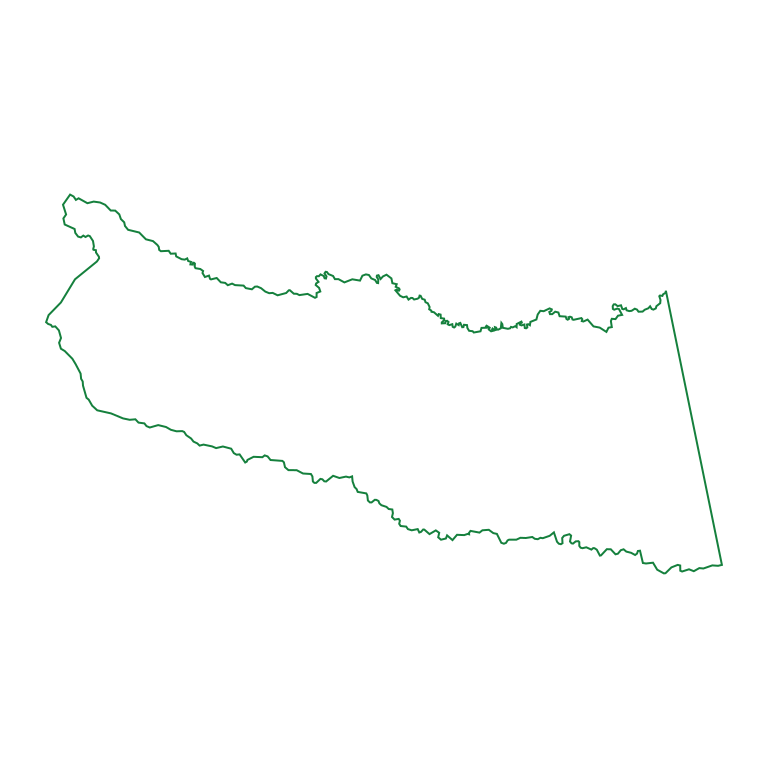 outline of Castilla La Nueva, Meta, Colombia
{"feature_id": "7082276B35606962606401", "entity_name": "Castilla La Nueva", "entity_type": "district", "adm_level": 2, "iso_a3": "COL", "parent_name": "Colombia", "parent_adm1": "Meta", "projection": "orthographic", "projection_center": [-73.54, 3.813], "detail": "fine", "context": "isolated", "style": "outline", "palette": "green", "viewbox_px": 768, "rotation_deg": 0, "n_neighbors": 0, "source": "geoboundaries", "source_scale": "gbopen_adm2", "svg_char_len": 6076}
<svg xmlns="http://www.w3.org/2000/svg" viewBox="0 0 768 768"><path d="M70.1,194.6L63.0,204.7L66.1,214.5L63.4,218.4L64.7,224.5L74.6,229.0L75.3,232.9L78.1,236.6L80.9,237.4L83.3,235.6L85.5,237.0L88.1,235.5L89.8,236.1L93.0,241.0L93.9,246.4L93.2,249.1L93.5,249.8L95.9,250.2L96.0,252.5L98.9,256.7L99.1,258.3L96.9,261.5L75.0,279.3L60.9,302.5L48.6,315.1L46.1,322.2L48.2,324.0L50.9,324.9L52.3,326.8L55.3,326.4L58.9,330.4L61.0,338.0L59.1,342.8L60.9,348.7L64.7,351.0L72.4,358.8L75.6,364.1L80.6,373.6L81.1,378.8L82.7,381.5L83.0,385.6L86.5,397.8L88.7,399.6L92.2,405.7L97.2,410.3L111.0,413.4L123.0,418.4L129.7,419.8L135.4,419.3L138.5,422.6L144.4,423.4L146.5,426.1L149.8,427.5L158.2,425.1L166.0,427.0L170.9,429.8L176.5,431.3L182.2,431.1L184.1,431.9L186.4,435.3L191.1,438.5L193.5,441.6L197.3,443.4L199.6,445.6L203.5,444.6L212.1,446.4L216.1,448.1L222.9,446.5L231.2,448.7L233.8,453.1L236.5,454.7L239.6,454.4L245.2,462.5L246.8,461.6L247.5,459.9L253.6,456.8L262.4,457.2L264.7,455.4L267.6,456.4L270.5,460.0L282.4,460.9L283.9,462.3L285.0,467.2L288.4,470.1L296.7,470.2L303.0,473.5L310.9,474.0L312.4,476.4L312.9,481.5L314.4,482.9L316.2,482.9L320.4,478.9L322.4,479.3L324.3,481.3L326.1,481.5L333.1,475.8L339.4,478.0L346.0,476.6L349.3,477.4L352.1,476.4L352.6,481.5L354.6,487.1L356.6,489.1L357.7,491.9L366.3,493.4L367.3,495.4L367.9,500.5L369.9,502.4L371.6,502.4L374.8,499.8L376.4,499.9L378.5,501.0L379.4,503.4L381.4,505.2L386.5,506.9L388.7,509.0L392.3,509.5L392.9,513.2L392.0,517.0L394.6,519.6L398.7,518.9L399.9,520.7L399.2,523.8L400.6,526.0L406.2,526.6L407.9,529.1L411.7,530.3L417.7,529.1L419.3,532.5L421.0,531.9L423.2,529.5L424.3,529.6L429.5,534.1L435.8,530.4L439.2,532.8L438.2,537.3L441.0,539.7L445.9,538.5L447.1,535.4L452.5,540.1L457.0,534.8L464.2,535.1L467.7,533.9L469.1,534.3L469.0,532.9L470.5,530.9L479.5,532.6L482.4,530.3L488.8,529.8L493.3,533.1L496.9,533.9L501.3,542.8L503.9,543.7L506.0,542.9L507.6,540.4L509.0,539.7L516.3,539.7L520.4,537.8L525.8,538.0L532.3,537.0L534.8,538.8L537.8,539.2L540.4,537.8L542.8,538.2L549.7,535.8L553.9,532.4L557.0,541.7L558.8,543.7L560.9,544.2L562.5,543.2L562.2,538.0L564.0,535.8L569.4,534.2L571.1,535.6L570.0,541.5L571.5,543.3L573.0,543.6L575.7,541.4L578.4,541.2L579.3,542.1L579.3,545.9L580.6,547.7L582.5,548.2L586.3,547.3L591.4,549.6L593.2,548.1L594.5,548.2L596.8,549.7L599.9,555.6L601.0,555.4L606.8,549.2L610.8,549.3L615.5,554.3L617.9,553.7L620.8,550.2L623.6,549.3L626.3,551.6L631.1,552.8L635.1,555.0L637.0,553.6L637.9,551.0L640.0,550.7L642.9,563.0L646.0,563.5L653.0,562.7L657.2,569.7L663.9,573.4L665.5,573.2L671.4,567.4L677.7,564.9L680.2,565.5L680.3,570.7L682.1,571.5L689.0,569.3L693.8,571.2L699.3,568.1L703.4,568.5L712.3,565.4L718.1,565.8L721.9,564.9L665.9,290.8L665.4,292.9L663.1,294.3L662.4,295.9L660.0,295.5L659.3,296.2L660.5,300.0L660.2,303.2L656.4,306.2L655.8,308.4L653.4,309.6L651.7,309.0L650.1,306.3L648.3,308.3L644.8,309.7L642.6,311.6L638.5,311.7L637.0,309.6L634.8,308.7L631.6,310.8L629.2,311.1L626.6,310.3L625.9,308.1L623.6,309.3L622.3,309.0L621.0,305.3L617.6,306.1L615.3,304.3L613.7,304.4L612.7,306.2L612.9,308.9L614.2,309.7L617.2,308.6L619.0,309.1L622.1,314.9L618.0,315.7L615.5,319.1L611.8,318.8L610.9,321.1L611.8,327.1L608.5,327.7L606.4,331.9L599.7,327.6L593.5,326.4L587.6,319.6L583.4,321.5L581.8,321.1L582.3,319.2L581.4,318.1L573.6,319.8L572.5,319.5L571.7,317.3L570.0,316.7L568.5,317.2L569.1,318.8L567.7,319.7L566.5,319.0L565.7,316.6L559.6,316.2L558.4,312.5L555.2,311.7L552.3,314.1L550.0,314.1L549.3,312.0L551.4,310.8L551.8,309.4L549.6,308.4L543.7,311.2L540.3,310.8L537.7,314.5L536.4,319.5L530.4,321.9L529.9,325.2L528.2,324.2L527.0,324.5L527.3,327.5L526.1,328.3L524.8,328.0L524.4,324.5L521.5,325.4L519.8,324.7L520.0,323.7L521.8,322.6L521.4,321.6L516.7,324.0L516.6,327.2L515.2,326.2L512.7,327.4L511.0,326.9L510.1,328.3L507.9,328.8L502.8,327.8L502.3,324.1L501.4,322.9L500.8,328.3L498.3,329.6L497.0,329.6L496.1,327.6L495.0,327.2L495.5,330.0L494.6,330.2L492.6,328.5L492.1,329.3L493.4,330.7L491.1,331.3L488.8,329.5L489.7,327.7L486.6,325.7L486.0,326.4L486.9,327.7L481.5,327.9L480.5,331.3L473.8,332.5L472.6,331.2L469.1,330.8L467.4,328.0L467.0,325.1L464.0,324.8L463.4,327.1L462.2,327.2L460.3,322.9L459.1,323.3L458.7,325.1L456.3,323.6L455.3,326.6L454.1,327.5L452.7,326.8L452.3,324.2L449.3,325.1L447.7,324.3L448.5,322.0L447.1,320.8L445.7,321.1L445.3,323.2L441.8,323.4L441.8,322.4L444.3,320.0L444.1,318.6L440.8,318.1L440.6,314.6L438.7,314.1L438.0,315.8L433.9,312.2L431.5,311.8L431.3,310.6L429.2,309.3L429.6,307.0L427.8,303.3L425.5,302.2L424.7,299.7L422.2,298.9L420.6,295.8L419.6,295.6L419.0,297.7L417.6,298.7L414.1,299.5L412.5,298.0L411.0,297.9L408.5,299.6L406.6,296.5L403.2,297.3L400.1,295.8L395.4,290.3L396.5,289.7L398.9,290.7L399.6,289.6L399.2,288.5L395.7,286.8L396.7,284.2L392.4,283.2L391.4,278.4L386.5,274.7L383.0,276.4L380.6,279.0L378.5,275.2L376.9,275.6L376.7,276.9L378.3,279.5L378.1,283.1L376.9,282.9L375.1,280.0L371.3,278.4L368.9,275.0L365.9,274.4L362.4,275.7L360.0,280.6L352.3,279.3L344.4,282.4L338.4,279.1L334.9,279.1L333.1,276.0L328.5,274.1L326.9,272.0L325.6,271.8L324.5,273.4L326.5,276.4L326.0,278.5L324.6,278.3L323.7,276.0L320.5,274.4L318.9,276.2L316.9,276.2L315.9,277.1L315.9,278.5L318.5,281.9L316.1,283.5L315.7,285.0L319.1,287.9L320.3,291.5L316.6,293.0L316.6,297.0L315.0,297.8L307.6,293.9L299.4,295.1L296.8,293.8L293.8,293.7L289.8,290.2L288.8,290.3L286.2,293.0L277.6,295.3L272.7,292.9L269.2,293.2L265.3,291.6L261.1,288.2L257.2,286.5L254.9,286.7L251.9,289.3L245.8,288.1L243.6,285.6L235.0,285.1L232.1,283.6L227.8,285.2L225.2,282.9L220.8,282.3L216.7,278.0L211.0,279.4L210.0,278.8L209.0,275.6L204.9,277.0L202.5,273.0L203.1,271.0L200.3,269.0L195.5,268.2L194.7,266.7L194.9,263.6L194.0,262.8L193.1,262.7L192.7,264.6L190.4,264.4L191.0,261.9L188.2,261.0L187.2,258.4L184.8,259.6L181.6,259.2L176.2,256.4L175.6,253.5L170.7,253.7L168.7,250.8L160.9,251.2L159.2,249.9L158.7,246.8L157.4,245.0L153.0,241.1L145.9,239.3L139.2,232.5L128.1,229.8L125.0,226.0L124.2,222.3L120.9,219.1L119.3,214.4L115.2,210.6L110.7,210.5L105.2,204.8L100.1,202.5L93.7,201.6L87.4,203.2L78.6,198.3L75.9,199.9L73.6,196.5L70.1,194.6Z" fill="none" stroke="#15803d" stroke-width="2"/></svg>